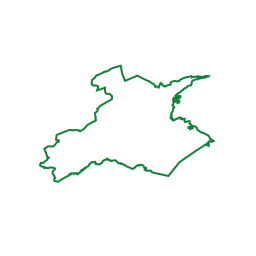 Ezernieku pag., Dagdas, Latvia (Equal Earth projection), rotated 153°
{"feature_id": "27541924B52024011130433", "entity_name": "Ezernieku pag.", "entity_type": "district", "adm_level": 2, "iso_a3": "LVA", "parent_name": "Latvia", "parent_adm1": "Dagdas", "projection": "equal_earth", "projection_center": [27.647, 56.178], "detail": "fine", "context": "isolated", "style": "outline", "palette": "green", "viewbox_px": 256, "rotation_deg": 153, "n_neighbors": 0, "source": "geoboundaries", "source_scale": "gbopen_adm2", "svg_char_len": 5809}
<svg xmlns="http://www.w3.org/2000/svg" viewBox="0 0 256 256"><g transform="rotate(153 128 128)"><path d="M215.1,112.1L214.2,111.8L211.7,112.3L203.5,112.6L202.5,112.3L201.6,112.7L201.7,112.9L201.1,113.4L200.5,113.5L200.2,113.3L199.7,113.3L199.6,112.9L199.1,113.3L198.6,113.2L197.7,112.4L197.2,112.4L197.1,111.9L196.8,112.2L196.1,111.7L194.4,111.3L194.3,110.5L194.4,110.3L193.7,110.1L193.7,109.7L193.1,109.9L192.8,109.8L191.8,110.3L191.0,110.0L190.4,110.5L188.8,110.7L188.9,110.8L188.4,110.9L188.7,111.2L188.0,111.3L188.0,111.6L187.3,111.5L187.4,111.2L187.0,111.4L186.4,111.0L186.1,111.1L186.0,111.4L185.8,111.3L185.7,111.6L185.4,111.5L185.2,111.6L185.3,111.7L185.0,111.8L184.6,111.7L184.4,112.1L183.7,111.6L182.5,112.1L180.3,112.0L179.4,113.0L176.1,114.1L175.5,113.9L175.1,113.5L172.8,112.9L172.8,112.5L173.2,112.1L173.2,111.6L172.7,111.4L172.9,110.5L172.6,110.4L172.7,110.1L171.1,109.3L170.9,109.0L170.2,108.8L169.5,108.4L168.9,108.8L167.0,108.7L166.8,109.2L165.9,109.5L165.3,110.0L164.7,109.9L163.8,110.2L161.5,109.7L161.2,110.1L160.7,109.9L160.4,110.1L160.2,109.9L160.2,109.2L160.5,109.1L160.4,108.8L159.3,108.3L159.2,108.0L158.7,107.7L158.5,106.7L158.2,106.8L157.4,106.0L157.1,106.2L156.6,106.0L153.9,105.0L153.4,104.3L153.3,103.1L152.9,102.4L152.7,101.4L152.3,100.8L150.5,100.0L150.7,99.5L150.1,99.3L149.9,98.7L149.2,98.4L149.2,98.1L147.4,96.1L147.4,95.3L142.5,89.5L141.8,89.3L140.8,89.6L139.5,89.6L139.3,90.0L137.9,90.3L137.0,90.1L136.1,90.4L135.2,90.3L135.0,89.4L134.4,89.3L133.6,89.5L132.9,89.2L132.8,88.8L131.6,87.9L131.4,87.1L131.5,84.7L130.0,84.3L130.3,83.8L130.7,83.8L131.0,83.4L131.8,83.2L131.6,82.8L131.8,82.5L131.5,82.1L130.8,82.0L129.9,80.8L127.7,80.1L127.1,79.7L126.8,79.2L127.0,78.2L125.7,76.7L113.8,66.9L97.6,74.2L78.8,76.7L69.3,77.7L66.9,78.2L64.4,75.8L64.4,76.6L64.1,76.8L63.5,76.6L63.1,77.4L63.3,77.7L63.8,77.7L63.9,78.1L64.2,78.5L63.1,78.7L62.3,79.3L61.8,78.9L60.3,79.0L60.1,78.7L60.3,78.1L60.2,77.9L59.0,77.9L58.5,77.5L57.5,77.6L57.8,78.3L58.8,79.3L58.9,80.1L59.6,80.7L59.9,82.0L59.4,82.9L59.6,83.3L59.6,84.2L60.0,84.7L60.3,85.6L62.1,87.7L62.8,89.3L64.7,90.6L65.8,92.7L66.1,93.8L67.0,94.5L67.0,95.3L66.5,96.3L67.2,98.7L69.8,100.8L69.9,100.1L70.3,99.6L70.2,98.7L71.3,98.5L72.3,98.9L73.2,98.7L73.2,99.1L72.4,99.8L73.7,100.3L74.2,100.8L74.0,101.1L72.9,101.2L72.5,100.8L71.3,100.5L70.5,100.7L70.0,101.1L70.1,101.5L70.8,102.2L70.4,103.2L71.1,103.7L70.8,103.9L70.8,104.6L70.1,105.4L69.9,105.9L70.6,106.5L73.1,107.0L74.5,107.6L74.2,108.7L74.4,109.0L74.4,109.3L73.3,110.5L74.3,111.0L76.6,111.5L76.8,112.0L76.5,112.2L76.6,112.5L76.2,112.7L76.5,112.9L76.4,113.4L77.2,113.9L78.4,114.2L79.2,113.7L80.1,113.9L80.5,114.2L81.9,114.2L82.9,113.9L84.1,114.0L84.2,114.7L84.8,115.0L84.8,115.3L83.4,115.3L84.5,115.8L84.4,116.2L84.8,116.4L84.4,116.7L84.8,117.2L84.5,117.3L84.5,117.5L84.9,117.5L85.0,117.6L84.8,117.7L85.2,118.1L83.6,119.0L83.9,119.7L83.5,120.0L83.7,120.3L82.8,121.0L82.8,121.3L82.1,122.0L80.6,122.4L79.2,124.7L77.6,125.3L77.3,125.8L77.4,126.2L77.9,126.7L78.6,126.9L77.9,126.9L77.9,127.2L78.2,127.6L78.9,127.6L78.2,127.8L77.7,128.5L76.7,128.8L76.0,129.9L75.1,130.2L74.9,130.6L74.6,130.7L74.6,130.3L73.9,129.9L73.2,129.9L71.7,129.5L71.1,128.4L71.6,128.5L72.3,127.9L71.3,127.8L71.1,127.5L70.8,127.6L70.8,128.0L70.1,128.6L70.1,129.2L70.4,129.2L71.1,129.8L72.0,130.1L73.3,130.4L73.9,131.5L74.9,131.4L75.4,131.8L74.6,133.4L74.0,133.7L74.1,133.2L73.0,133.2L72.2,132.6L71.4,132.7L71.0,132.0L71.3,131.4L71.1,131.2L70.5,131.3L69.7,131.8L68.2,131.4L67.1,131.8L66.8,132.6L67.8,133.4L69.4,133.5L69.9,133.7L70.1,134.1L70.7,133.9L70.8,134.3L71.5,134.5L71.3,135.0L70.4,135.6L69.2,135.4L68.7,135.6L68.5,136.1L67.4,136.4L66.3,136.0L64.7,136.2L63.3,137.0L62.0,136.7L60.9,137.4L59.8,137.4L58.8,137.7L57.9,137.5L55.6,138.1L52.2,137.6L51.4,138.3L50.6,139.7L49.2,140.9L47.0,140.6L46.0,140.7L44.1,139.9L43.2,140.2L42.7,139.8L41.5,139.3L40.6,139.4L39.7,139.2L39.3,138.7L35.7,137.9L33.7,137.7L33.0,137.3L32.7,137.4L33.3,137.7L33.1,137.9L33.2,138.0L34.8,138.7L35.8,139.4L38.4,139.3L39.0,140.2L40.2,140.6L40.4,141.1L41.3,141.5L42.3,142.5L43.0,142.4L43.0,142.1L47.0,144.2L48.1,144.0L48.0,145.2L48.3,145.6L51.6,146.2L52.7,146.8L53.8,146.7L54.9,147.3L57.6,147.2L59.0,147.4L61.6,146.6L62.8,147.4L63.9,147.6L64.5,148.4L65.5,148.9L68.2,149.4L69.3,149.0L69.3,148.8L69.7,148.6L70.2,147.6L70.6,147.4L73.3,148.1L76.4,148.1L76.5,148.2L76.4,148.9L77.7,150.0L78.0,150.8L77.5,151.6L78.4,152.7L78.4,153.2L79.1,153.0L82.3,150.1L84.0,152.6L84.9,152.2L85.1,155.4L86.3,156.8L88.3,160.6L89.0,161.1L90.4,162.8L95.9,170.4L109.2,171.3L108.7,178.0L107.7,181.9L106.2,186.8L113.4,188.2L117.0,188.5L118.6,187.9L119.6,188.1L121.4,188.0L122.4,188.7L123.3,188.4L124.2,188.9L126.0,188.6L127.3,188.8L130.9,188.9L131.1,189.1L133.0,189.0L134.1,188.0L138.6,186.9L140.6,183.4L139.9,182.7L139.8,181.6L137.2,180.5L135.8,178.6L136.5,177.4L138.5,175.5L130.2,174.3L131.2,172.5L131.9,170.5L132.0,168.6L128.9,166.7L127.8,163.6L129.1,161.2L131.1,160.9L143.3,160.3L145.5,159.1L146.7,159.1L146.7,157.9L147.9,156.7L150.6,156.4L151.9,152.8L151.9,152.0L152.7,151.4L152.9,150.9L152.9,149.8L153.1,149.4L154.7,149.1L156.7,149.5L157.3,149.3L163.3,149.0L167.7,147.1L172.1,146.8L172.8,147.5L172.7,147.9L173.6,148.6L173.7,148.9L177.4,150.8L178.8,151.2L179.5,151.9L181.3,152.9L194.7,154.2L197.5,150.3L195.3,148.4L195.9,147.2L197.6,147.7L201.2,145.9L202.8,145.4L205.6,146.8L207.4,148.0L210.5,147.5L211.9,147.5L213.0,138.4L212.1,138.1L212.1,137.5L212.4,137.1L214.0,137.2L214.7,136.3L217.6,135.9L218.9,135.4L220.5,135.7L221.1,136.4L221.5,136.5L223.3,134.9L222.5,132.9L220.3,131.5L220.2,131.2L220.6,131.0L220.7,130.2L219.0,129.9L218.5,129.1L218.0,128.9L217.7,128.5L216.2,128.4L214.6,127.8L212.2,126.2L211.5,125.3L211.7,124.5L214.7,123.5L215.4,122.4L215.7,122.3L215.5,116.8L217.0,116.0L217.1,115.3L217.6,114.2L215.1,112.1Z" fill="none" stroke="#15803d" stroke-width="2"/></g></svg>